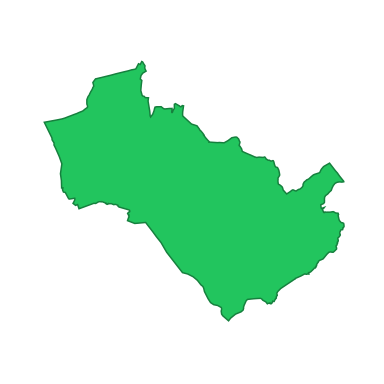 Forotic, Caras-Severin, Romania (Albers equal-area conic projection), rotated 97°
{"feature_id": "2599482B22481808364653", "entity_name": "Forotic", "entity_type": "district", "adm_level": 2, "iso_a3": "ROU", "parent_name": "Romania", "parent_adm1": "Caras-Severin", "projection": "albers", "projection_center": [21.553, 45.227], "detail": "fine", "context": "isolated", "style": "filled", "palette": "green", "viewbox_px": 384, "rotation_deg": 97, "n_neighbors": 0, "source": "geoboundaries", "source_scale": "gbopen_adm2", "svg_char_len": 5920}
<svg xmlns="http://www.w3.org/2000/svg" viewBox="0 0 384 384"><g transform="rotate(97 192 192)"><path d="M165.2,332.7L172.9,328.1L179.9,324.6L189.9,324.8L196.6,323.0L203.9,321.9L203.6,320.7L204.2,320.7L205.6,320.8L207.7,319.6L207.9,317.7L213.3,313.9L214.0,313.1L212.5,307.6L213.6,307.3L215.5,307.8L217.8,308.7L219.5,305.9L219.3,305.5L218.8,304.9L218.4,304.0L222.4,302.1L215.2,288.1L215.1,286.2L213.1,283.5L212.8,282.2L212.8,280.6L212.5,280.3L213.6,275.9L214.0,276.1L214.5,275.0L214.3,274.9L214.4,274.1L213.6,273.6L213.8,273.1L213.4,270.7L214.1,268.0L213.8,267.4L213.6,266.3L214.3,263.8L215.1,263.7L215.8,262.6L217.4,252.6L217.8,251.7L219.1,251.4L219.5,251.7L219.7,252.4L221.1,253.3L221.8,252.8L222.3,252.6L222.5,251.8L223.4,251.9L223.4,251.7L223.6,251.7L224.4,251.4L225.3,251.9L228.3,252.5L230.2,245.0L227.9,234.3L236.1,226.2L240.6,222.0L245.9,216.6L254.9,209.8L273.2,191.6L273.9,186.3L276.0,180.5L279.0,175.9L283.1,171.8L284.4,169.7L286.2,168.6L289.3,167.5L296.0,163.0L299.5,160.1L301.2,156.7L301.5,152.7L303.1,148.8L304.5,148.3L306.7,148.5L309.6,147.7L311.1,146.4L315.4,140.0L312.5,138.3L307.9,133.9L304.9,128.6L303.0,126.9L301.4,126.6L300.1,126.8L298.2,126.5L293.1,124.9L291.8,123.7L291.1,120.7L290.4,117.6L289.8,114.5L289.2,111.2L289.3,110.7L289.5,110.2L289.7,109.7L290.1,109.3L290.8,108.5L291.7,106.2L292.0,105.4L293.8,103.6L293.2,102.9L293.1,102.3L293.1,101.5L292.6,101.3L292.5,101.1L293.4,100.1L293.2,99.7L292.5,99.1L291.4,98.8L290.5,98.5L290.8,97.7L290.7,97.2L290.2,97.0L289.8,96.9L289.2,96.7L288.6,96.3L288.3,96.3L287.6,96.0L287.5,95.6L287.0,95.4L286.6,95.4L286.1,95.6L285.8,95.6L285.0,95.3L284.4,94.8L283.9,94.9L283.2,95.1L282.7,95.4L281.9,95.4L280.3,94.7L277.0,92.2L266.5,80.1L265.6,78.9L265.2,78.9L262.1,73.7L259.6,70.2L259.7,68.2L259.3,67.4L259.2,66.0L257.8,66.5L257.7,65.7L256.6,64.3L253.6,61.9L252.6,61.3L252.4,60.9L252.4,60.4L251.3,59.8L251.0,60.1L250.6,59.7L250.2,59.6L250.0,59.4L249.7,59.6L249.3,59.4L249.0,59.5L247.0,58.7L246.7,58.3L245.4,58.0L244.2,56.9L243.6,55.7L242.4,53.7L237.3,50.5L235.1,48.7L234.6,47.3L234.7,45.4L234.5,44.4L233.0,43.1L231.8,42.2L231.1,41.6L230.3,41.6L229.6,41.8L228.9,42.3L227.6,42.3L227.5,42.1L227.0,41.7L226.6,41.6L225.9,41.7L225.2,41.3L224.8,41.4L224.7,41.6L224.0,41.6L223.7,41.1L222.5,40.9L221.9,41.0L221.0,41.5L220.6,41.6L219.5,41.4L218.5,40.4L216.7,39.6L215.8,39.8L215.7,40.2L213.7,40.4L212.6,39.9L211.8,39.8L211.3,39.3L211.2,38.8L211.1,38.1L211.0,37.9L209.2,37.9L209.1,37.5L208.8,37.4L208.1,37.0L207.3,36.9L206.4,37.2L205.6,37.3L204.6,37.7L204.2,38.9L204.3,39.2L204.1,40.3L202.5,42.1L201.3,42.8L198.1,43.9L197.2,44.2L196.9,43.9L196.5,43.8L195.8,44.3L195.4,44.3L195.2,44.5L195.3,45.6L195.3,47.1L194.7,48.1L194.3,49.5L195.2,52.6L195.7,56.5L195.6,57.6L196.1,57.9L196.3,58.2L196.3,58.6L196.1,58.9L195.5,59.2L195.3,59.3L193.6,60.4L193.3,60.4L192.1,59.3L191.2,58.8L192.1,60.6L192.5,61.6L191.6,62.0L189.7,62.5L189.0,62.6L187.5,60.1L186.3,59.3L184.7,59.4L182.8,59.7L180.8,59.7L179.2,58.9L177.4,57.0L175.3,55.6L173.5,54.0L170.8,53.4L168.3,52.5L166.0,51.1L164.7,49.2L164.0,46.9L163.9,44.4L163.2,42.0L163.2,42.4L158.1,47.6L155.8,49.7L155.7,49.7L153.4,52.3L146.6,59.0L150.4,64.1L151.0,64.7L153.5,66.3L154.1,66.6L157.1,67.6L157.6,68.3L159.7,72.8L160.4,73.8L162.2,75.5L164.8,77.7L165.1,78.1L166.1,79.8L166.6,80.1L167.1,80.5L168.2,81.7L169.5,82.3L170.4,82.6L171.1,82.7L172.0,82.5L173.1,82.9L174.2,83.5L175.8,85.1L176.2,85.6L176.4,86.5L176.7,86.9L177.5,87.9L178.1,88.5L178.3,88.9L178.3,89.3L178.2,89.9L177.6,91.7L177.6,92.0L177.7,92.5L177.8,92.7L179.8,94.7L181.8,97.1L182.4,97.8L178.9,101.8L177.0,102.5L176.2,103.0L175.8,103.3L175.3,104.0L174.7,105.0L174.4,105.5L174.2,105.8L173.8,107.0L173.6,107.2L173.3,107.4L172.6,107.6L171.0,108.0L170.3,108.1L169.2,108.1L168.1,108.3L167.6,108.3L167.3,108.2L164.9,107.1L164.1,107.1L162.4,107.6L159.8,108.5L159.3,108.8L157.6,109.9L157.3,110.2L157.1,110.9L157.1,111.6L156.9,112.1L156.5,112.5L155.5,113.1L154.1,113.7L152.2,114.4L151.2,115.0L151.0,115.3L151.0,115.6L151.6,117.0L151.7,117.5L151.0,119.2L151.0,119.4L151.2,120.1L151.1,120.6L150.9,121.1L150.5,121.6L150.3,122.4L150.0,122.5L148.6,123.7L148.4,124.2L148.5,124.5L148.8,125.1L149.0,125.5L149.2,129.5L149.4,130.4L149.9,132.1L149.7,132.9L149.6,133.1L149.7,133.9L149.7,134.0L149.3,134.7L146.6,143.9L145.6,147.0L143.0,148.1L140.5,150.2L140.4,150.6L139.9,150.9L137.3,150.5L136.5,150.5L135.3,151.4L134.1,151.9L133.7,152.2L132.1,154.3L132.2,155.8L133.3,159.1L136.6,162.5L139.3,166.2L139.3,166.4L139.5,170.7L139.9,172.8L140.3,179.9L140.5,181.2L140.0,181.2L139.9,181.1L138.7,182.7L136.4,185.2L134.2,187.3L134.0,187.0L133.3,187.6L132.0,188.8L130.0,191.0L130.0,191.4L128.6,192.4L125.7,195.1L124.6,200.8L117.7,210.4L116.2,210.8L113.6,211.0L107.5,210.9L107.4,212.2L108.6,213.1L108.8,213.9L108.1,214.9L106.3,219.2L107.1,220.2L111.3,219.7L112.2,220.3L113.6,220.8L115.2,221.1L115.6,221.5L115.3,221.9L111.5,222.0L111.9,224.8L112.9,229.1L112.7,230.4L111.1,233.0L111.8,238.0L112.1,238.3L112.2,238.9L112.7,238.9L112.9,239.2L114.1,239.4L115.6,239.5L119.4,240.4L120.4,240.9L122.6,242.2L121.6,242.8L116.6,243.9L107.1,246.7L103.8,246.7L104.0,249.9L102.8,251.3L102.8,252.5L102.3,253.2L97.5,255.2L92.1,255.4L87.4,255.4L86.2,257.1L82.6,256.8L80.0,255.3L77.6,252.3L75.5,253.7L74.1,254.1L72.6,254.0L72.1,254.3L70.9,255.4L69.9,256.1L68.9,256.9L68.6,257.8L71.7,258.9L71.2,260.7L76.3,262.6L76.7,262.9L76.9,263.2L77.3,264.2L78.1,266.8L79.5,270.0L81.0,274.1L84.0,282.0L85.9,286.6L91.2,300.7L91.4,301.4L91.5,301.5L91.9,301.8L95.3,303.7L95.5,303.7L97.4,302.9L99.0,302.4L100.3,303.1L101.7,303.4L102.8,303.8L104.8,304.7L107.3,305.6L108.0,305.7L110.0,306.8L111.9,307.3L113.2,307.6L114.1,307.5L116.6,307.2L117.7,307.0L118.8,306.4L120.3,306.0L121.0,306.3L123.0,308.5L124.2,309.6L125.0,310.4L126.8,313.7L127.5,314.9L128.0,315.6L129.6,318.8L131.3,321.9L132.2,323.7L134.0,327.0L135.3,329.9L137.1,335.3L140.8,347.1L155.4,337.6L157.3,337.2L160.1,334.9L162.2,334.7L165.2,332.7Z" fill="#22c55e" stroke="#15803d" stroke-width="1.5"/></g></svg>